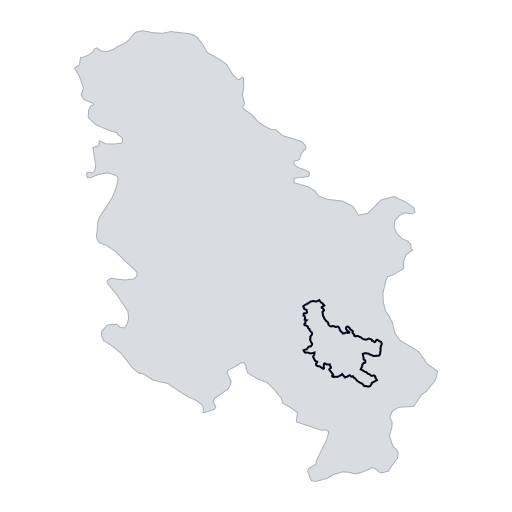 Nišavski highlighted on a map of Republic of Serbia
{"feature_id": "SRB-830", "entity_name": "Nišavski", "entity_type": "District", "adm_level": 1, "iso_a3": "SRB", "parent_name": "Republic of Serbia", "parent_adm1": "", "projection": "equal_earth", "projection_center": [21.87, 43.429], "detail": "fine", "context": "in_parent", "style": "outline", "palette": "ink", "viewbox_px": 512, "rotation_deg": 0, "n_neighbors": 0, "source": "natural_earth", "source_scale": "10m", "svg_char_len": 9145}
<svg xmlns="http://www.w3.org/2000/svg" viewBox="0 0 512 512"><path d="M294.2,182.8L308.5,186.9L315.0,190.9L318.4,196.0L327.6,199.4L342.5,201.1L352.8,206.4L358.7,215.3L368.2,213.1L381.3,199.9L394.2,196.5L407.0,202.8L413.9,208.0L415.1,212.1L412.2,213.7L405.1,212.9L399.3,215.5L394.7,221.3L394.1,227.5L397.3,234.0L401.8,238.6L407.6,241.1L410.8,244.5L411.2,248.9L412.7,250.1L409.4,252.1L405.8,255.1L403.8,260.4L403.3,268.8L392.0,275.4L387.7,276.6L385.8,280.9L382.9,293.3L383.3,302.6L384.8,307.3L385.5,311.2L389.2,316.0L392.6,323.3L394.8,332.9L399.8,340.3L412.4,347.7L418.7,351.9L423.4,358.1L426.9,363.7L437.4,371.2L436.7,376.5L434.4,381.7L432.0,384.2L426.8,390.9L421.8,394.6L413.5,406.5L400.3,407.1L397.2,408.0L392.2,411.3L389.8,417.2L392.1,421.9L391.9,426.8L389.5,436.1L392.8,446.1L397.4,450.7L398.2,453.4L397.4,458.1L390.5,467.6L388.4,471.1L381.4,472.9L379.0,472.0L375.4,468.7L372.1,467.7L363.8,471.6L355.3,474.0L348.6,472.2L342.1,471.9L337.5,473.5L334.1,474.2L327.3,478.3L316.5,481.3L311.5,480.7L309.6,476.8L307.6,471.2L308.6,468.7L315.8,464.3L316.6,460.1L326.6,440.0L328.5,433.5L328.6,431.4L326.0,430.0L320.5,430.0L296.3,421.9L297.4,412.5L290.3,407.5L282.7,403.1L281.4,398.1L272.9,388.0L266.7,382.3L258.8,379.5L251.9,375.4L247.8,372.9L246.0,368.2L246.0,365.4L244.0,362.7L240.7,363.0L235.1,366.7L228.2,369.9L227.0,372.3L229.4,377.8L231.2,381.4L230.3,384.7L228.1,389.0L214.8,398.4L213.3,401.7L215.8,407.0L214.2,409.5L203.1,413.0L203.4,410.1L202.7,405.4L196.4,400.5L187.5,396.6L167.7,383.5L160.0,381.8L153.2,380.2L143.5,374.0L138.5,372.9L133.0,368.4L121.0,353.2L110.8,345.0L103.8,340.8L101.8,336.8L101.5,332.6L101.7,331.2L107.1,325.3L111.3,324.5L116.5,324.3L120.0,327.3L124.6,327.9L127.1,324.1L128.6,318.6L128.0,311.6L117.3,295.3L108.0,283.9L106.9,281.4L109.0,279.3L112.3,278.2L115.8,279.1L125.0,280.0L133.9,278.9L136.9,276.1L137.0,272.4L133.8,269.0L123.6,259.7L115.6,251.5L106.2,245.2L99.2,242.7L97.2,239.5L96.4,236.1L97.3,229.9L97.8,221.9L99.6,216.9L106.0,207.5L112.2,197.6L116.1,188.0L118.2,179.1L117.5,176.6L114.4,174.7L107.7,172.8L98.5,174.4L90.6,177.7L87.5,177.9L86.5,173.9L87.8,172.2L90.3,172.4L92.3,173.1L94.5,171.3L95.8,166.0L92.9,147.4L98.8,145.8L98.9,143.0L99.5,140.7L105.5,143.9L114.0,144.0L121.4,143.3L122.6,141.5L122.5,138.8L121.0,136.8L118.4,135.1L116.5,132.5L111.5,131.4L95.9,124.7L88.2,117.6L88.6,110.1L90.9,106.0L93.7,104.5L92.9,103.2L84.1,99.7L81.0,94.8L83.7,88.6L79.3,76.0L74.6,68.3L79.4,64.9L80.1,60.2L80.6,57.5L82.5,57.5L90.2,54.3L93.1,51.7L94.7,48.7L96.6,47.9L101.7,51.2L107.1,51.5L113.2,49.4L117.8,46.5L123.2,44.2L125.7,42.5L128.9,39.9L135.4,32.3L142.6,30.7L152.3,32.7L162.7,33.3L170.5,31.6L190.3,33.8L194.5,35.6L197.3,37.5L202.4,44.1L207.3,52.5L214.2,56.4L222.4,61.1L226.6,64.5L232.8,74.6L237.7,79.6L239.3,79.4L241.0,78.1L242.1,77.0L243.4,78.0L243.5,81.1L243.7,87.9L242.5,95.2L244.2,102.1L244.3,104.3L243.0,106.2L243.2,108.0L244.9,109.9L251.6,114.4L257.8,121.5L264.9,126.5L271.6,129.6L275.8,129.8L282.6,135.6L296.2,139.7L300.6,141.1L303.6,143.5L305.7,146.2L305.9,149.1L303.7,150.5L300.8,154.5L299.6,159.3L297.4,160.5L295.2,160.6L293.6,162.0L294.0,164.1L295.8,166.0L298.6,167.8L304.1,169.6L309.4,172.2L309.4,174.3L308.3,176.6L301.4,177.4L296.4,177.8L294.0,178.7L294.2,182.8Z" fill="#d9dde1" stroke="#a8b0b8" stroke-width="1"/><path d="M305.6,352.7L305.3,352.7L305.0,352.6L304.8,352.4L303.5,350.3L304.5,349.9L305.7,349.6L306.6,349.1L307.2,348.9L307.5,348.6L307.7,347.9L308.0,347.4L308.9,346.7L309.3,346.5L309.7,346.4L310.5,346.5L310.8,346.4L311.0,346.2L312.0,344.8L312.1,344.3L312.1,343.8L312.1,343.5L311.9,343.2L311.4,342.6L310.9,341.9L310.8,341.5L310.5,340.6L310.1,339.9L310.0,339.6L310.0,339.4L310.5,338.3L310.5,338.1L310.2,336.9L310.3,336.7L310.5,336.4L311.1,335.7L311.4,335.2L312.0,334.4L312.1,333.9L312.1,333.2L312.1,332.9L311.9,332.6L311.0,331.8L310.4,331.2L309.8,330.6L309.7,330.4L309.6,330.1L309.6,329.6L309.6,329.2L309.3,328.9L308.4,328.4L308.2,328.1L308.1,327.9L307.8,326.8L307.5,326.2L306.9,326.0L305.9,325.5L304.5,325.1L304.3,324.2L304.5,323.8L305.4,323.1L305.3,321.9L305.5,321.3L305.7,320.9L306.1,320.6L306.5,320.3L306.0,320.2L305.4,319.7L304.7,319.6L305.1,318.3L305.0,317.3L304.7,316.4L304.1,315.6L303.6,315.6L303.7,313.7L303.9,313.4L304.2,313.3L304.6,313.2L305.3,313.4L305.5,313.4L306.2,313.1L306.8,312.7L307.0,312.4L307.0,312.1L306.8,311.1L306.6,310.2L306.4,309.8L305.9,309.5L304.8,309.3L304.3,309.0L304.2,308.9L304.0,308.5L303.7,307.2L303.6,306.9L303.2,306.3L304.9,305.0L306.0,304.5L307.0,303.8L307.8,303.6L308.1,303.4L308.9,302.7L309.8,302.2L310.5,301.6L311.9,301.4L312.9,301.1L313.5,301.0L314.3,301.1L315.3,301.5L316.1,301.5L316.4,301.4L318.0,300.8L319.2,300.1L320.8,302.3L322.2,303.1L322.5,303.4L323.3,304.4L324.3,305.5L323.4,306.2L322.4,306.5L322.0,306.8L321.8,307.0L321.6,307.5L321.7,307.8L321.9,307.9L322.7,308.3L322.9,308.5L323.9,309.7L324.0,310.0L324.0,310.3L323.8,310.6L323.6,310.9L322.7,311.5L322.5,311.8L322.4,312.0L322.7,312.9L322.8,313.5L322.9,315.4L323.0,316.0L323.8,316.8L323.9,317.0L324.0,317.4L324.1,318.2L324.4,318.7L325.2,319.7L325.9,320.7L326.1,320.9L327.3,321.8L327.7,322.1L328.1,322.8L328.4,323.2L328.4,323.4L328.4,324.5L328.5,324.8L328.8,325.1L329.6,325.6L330.2,326.2L330.6,326.3L331.2,326.4L332.2,326.2L333.9,326.1L334.2,326.2L334.8,326.6L335.5,327.0L335.9,327.0L337.0,326.6L337.4,326.6L338.0,326.7L338.4,326.9L338.8,327.3L339.1,327.8L339.7,329.2L339.9,330.0L340.2,330.7L340.5,331.1L342.0,332.2L342.8,333.5L344.7,333.2L346.0,332.6L346.4,332.4L346.8,332.5L347.4,332.9L348.1,333.0L348.7,332.9L349.0,332.8L349.3,332.6L349.4,332.4L349.4,332.2L348.5,331.6L348.1,331.3L347.4,330.5L346.4,329.7L346.2,329.2L346.1,328.7L346.0,328.2L346.4,327.0L346.6,326.9L346.9,326.7L347.6,326.6L347.9,326.7L348.2,326.7L348.5,327.0L349.9,328.4L349.9,328.6L350.0,328.9L350.4,329.4L350.9,329.8L351.7,330.3L352.6,331.0L352.8,331.1L352.8,331.5L352.8,332.0L352.6,332.6L352.5,332.8L352.7,333.1L354.2,334.5L354.3,334.7L354.1,335.2L354.1,335.5L354.3,335.8L354.8,336.2L355.1,336.3L355.6,336.3L356.4,336.0L357.0,335.9L358.4,336.2L358.9,336.5L359.8,337.0L360.8,337.3L361.1,337.5L361.4,337.7L362.2,338.5L363.0,338.9L364.1,339.3L365.3,339.6L366.1,339.6L367.2,339.3L368.4,338.7L368.8,338.6L369.4,338.7L371.1,339.4L371.7,339.7L372.0,340.0L372.1,340.8L372.5,340.8L373.1,341.0L373.4,341.1L374.4,342.1L374.6,342.2L374.9,342.1L375.1,342.0L376.3,340.1L376.6,339.8L376.8,339.8L377.2,339.8L377.5,339.9L378.2,340.3L379.1,341.1L380.5,341.6L380.9,341.9L381.2,342.2L381.5,342.8L381.7,343.4L381.8,343.8L381.7,344.2L381.4,345.1L380.9,345.9L380.7,346.3L380.7,346.6L380.8,347.5L380.4,348.4L380.4,348.6L380.5,348.7L380.6,350.1L380.6,350.9L380.2,351.8L380.2,352.2L380.2,352.8L380.2,353.1L380.2,353.3L379.9,354.2L379.7,354.9L379.6,355.1L379.3,355.4L378.2,355.7L377.9,355.8L375.7,355.8L374.4,356.0L373.5,356.0L372.7,355.7L371.8,355.1L370.6,354.8L370.2,354.7L368.9,353.8L368.2,353.6L367.3,353.5L365.6,353.2L365.2,353.1L362.8,353.9L363.0,355.1L363.2,356.4L363.6,357.7L363.6,357.9L363.5,358.7L363.6,359.2L363.9,359.6L364.9,360.2L365.1,360.3L365.2,360.6L365.2,361.2L365.4,361.9L365.2,362.5L364.9,362.8L364.6,362.9L364.0,362.9L363.8,362.9L363.5,363.1L363.2,363.4L363.0,364.0L362.2,364.8L362.1,365.0L362.3,366.1L362.3,366.3L362.2,366.5L361.7,367.2L360.7,369.4L362.6,370.2L363.5,371.0L364.4,371.5L364.9,371.7L365.7,371.9L366.1,372.0L367.0,372.9L368.0,373.8L368.5,374.0L369.3,374.1L369.6,374.2L369.7,374.3L370.4,375.2L371.0,375.6L371.7,375.8L372.4,375.8L373.7,375.4L374.0,375.5L374.5,375.7L375.2,376.3L375.3,376.6L375.1,377.1L375.2,377.3L375.6,377.9L376.9,380.2L374.5,381.4L373.8,381.9L372.5,382.5L372.0,382.8L371.9,382.9L371.6,383.3L371.4,384.2L371.4,384.4L370.1,386.0L369.9,386.2L369.5,386.4L368.0,386.6L367.5,386.6L366.2,386.0L365.9,386.0L364.4,386.2L362.9,384.4L361.9,383.5L361.4,383.3L360.3,382.9L359.5,382.3L358.5,381.8L357.5,381.1L356.5,380.1L355.1,378.4L354.7,378.1L354.0,377.8L353.6,377.4L353.4,377.1L353.2,376.4L352.8,376.2L352.0,376.7L351.5,376.7L351.1,376.5L350.7,376.2L350.2,375.6L350.0,375.4L349.8,375.3L349.4,375.3L349.0,375.4L347.6,376.5L347.0,376.7L345.9,376.9L345.0,377.5L342.1,374.0L341.0,375.1L339.0,376.2L337.8,376.7L337.2,376.8L334.8,376.8L333.2,377.0L332.7,376.8L332.3,376.5L332.1,376.3L332.1,376.0L332.1,375.8L332.3,375.6L332.9,375.2L333.2,375.0L333.2,374.8L333.1,374.5L332.5,373.8L331.6,372.5L330.6,371.4L330.0,370.6L329.5,370.1L329.3,369.7L329.4,369.2L329.5,368.9L330.8,368.0L331.0,367.6L331.0,367.4L330.9,367.2L330.5,366.6L330.3,366.4L329.8,364.4L329.5,364.5L329.1,364.6L327.5,364.4L326.7,364.5L326.0,364.2L325.4,363.5L325.2,363.4L324.9,363.3L324.6,363.3L324.4,363.5L324.1,363.8L324.0,364.3L323.9,364.6L323.9,365.5L323.7,366.2L323.7,366.7L324.0,367.9L324.0,368.3L323.8,368.5L323.5,368.8L323.1,368.8L322.7,368.5L321.7,367.8L320.9,367.3L319.9,366.5L319.4,366.3L317.6,366.1L317.1,365.8L316.5,365.4L316.1,364.8L316.0,364.5L316.0,364.2L316.0,363.7L316.3,363.2L316.5,363.0L317.1,362.5L317.3,362.3L317.3,361.9L317.2,361.7L316.8,361.4L315.7,361.1L315.3,361.0L315.2,360.8L314.8,360.4L314.5,359.5L314.0,358.9L313.7,357.8L313.2,357.2L313.1,356.8L313.1,356.4L313.8,355.5L314.4,354.3L314.5,352.5L312.4,353.2L311.4,353.3L309.8,353.3L308.5,352.8L307.3,352.5L306.5,352.5L305.6,352.7Z" fill="none" stroke="#020617" stroke-width="2"/></svg>